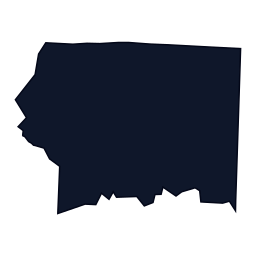 outline of Surry, North Carolina, United States of America
{"feature_id": "52423323B17834677594816", "entity_name": "Surry", "entity_type": "district", "adm_level": 2, "iso_a3": "USA", "parent_name": "United States of America", "parent_adm1": "North Carolina", "projection": "mercator", "projection_center": [-80.75, 36.399], "detail": "fine", "context": "isolated", "style": "filled", "palette": "ink", "viewbox_px": 256, "rotation_deg": 0, "n_neighbors": 0, "source": "geoboundaries", "source_scale": "gbopen_adm2", "svg_char_len": 725}
<svg xmlns="http://www.w3.org/2000/svg" viewBox="0 0 256 256"><path d="M57.8,213.5L85.1,204.1L95.8,204.6L101.5,193.2L109.0,199.3L113.2,191.8L116.5,197.2L136.8,196.5L144.3,205.9L153.0,202.5L155.0,194.5L161.1,194.3L162.9,187.1L176.0,196.0L181.7,191.8L195.1,187.8L199.7,190.7L200.9,201.9L222.7,203.1L229.4,201.2L235.5,210.8L235.7,200.3L240.6,48.6L210.7,47.1L168.0,44.8L162.7,44.6L150.6,44.1L146.2,43.8L128.9,42.5L118.1,42.5L99.8,43.6L87.0,43.3L73.0,44.2L72.8,44.2L72.7,44.2L45.8,42.8L38.6,54.0L35.1,74.6L15.4,99.7L26.5,117.7L18.1,126.7L23.2,130.6L22.7,135.2L23.0,135.9L24.6,136.4L28.7,141.6L31.5,143.2L33.5,145.2L35.1,145.5L44.0,148.1L49.6,158.9L59.7,166.3L57.8,213.5Z" fill="#0f172a" stroke="#020617" stroke-width="1.5"/></svg>